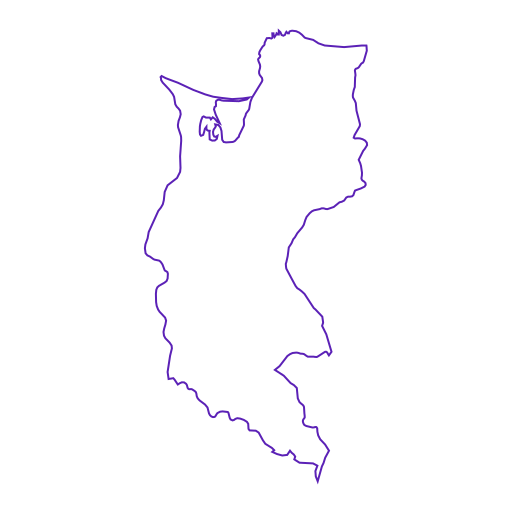 the Department of Magdalena
{"feature_id": "COL-1416", "entity_name": "Magdalena", "entity_type": "Department", "adm_level": 1, "iso_a3": "COL", "parent_name": "Colombia", "parent_adm1": "", "projection": "robinson", "projection_center": [-74.235, 10.123], "detail": "fine", "context": "isolated", "style": "outline", "palette": "violet", "viewbox_px": 512, "rotation_deg": 0, "n_neighbors": 0, "source": "natural_earth", "source_scale": "10m", "svg_char_len": 5359}
<svg xmlns="http://www.w3.org/2000/svg" viewBox="0 0 512 512"><path d="M161.1,80.0L161.0,78.1L160.6,77.1L161.6,76.0L165.6,78.1L169.2,79.5L177.8,82.7L193.5,90.0L205.2,94.4L213.1,96.7L221.4,97.9L232.2,99.1L242.8,98.4L249.1,97.5L246.8,99.5L238.9,101.2L223.5,100.7L221.6,100.4L219.8,99.8L218.1,99.7L216.3,100.7L215.8,102.2L216.0,104.4L215.9,106.2L214.6,107.0L214.0,109.4L215.7,114.6L219.7,123.2L217.2,121.7L214.9,118.9L212.7,117.3L210.9,119.4L209.8,117.6L206.0,117.6L203.7,116.4L202.5,117.0L201.2,120.1L200.3,123.8L199.9,126.3L199.7,131.8L200.0,134.5L201.0,135.8L203.2,134.9L204.1,132.0L204.9,128.8L206.4,126.8L206.4,128.7L207.0,130.0L208.1,130.7L209.7,130.8L209.4,132.6L209.7,139.4L212.2,140.6L214.8,140.5L216.8,138.9L217.5,135.8L215.7,136.9L214.2,136.5L213.3,134.7L213.0,131.9L213.7,129.5L214.9,127.9L215.8,126.4L215.2,124.4L218.4,125.0L220.4,127.4L221.5,131.0L222.2,139.8L223.7,142.0L226.1,142.4L232.4,142.0L233.6,141.7L235.1,140.8L238.1,137.4L238.8,136.9L239.2,135.2L243.8,125.7L244.0,124.4L243.8,119.4L245.6,115.4L245.9,113.9L246.5,112.9L248.7,110.0L249.2,108.9L250.4,101.9L251.9,97.9L261.9,81.6L262.4,80.1L262.0,78.0L259.7,74.9L259.1,73.2L259.1,71.2L260.0,68.1L260.2,66.3L259.9,64.5L258.5,61.2L258.1,59.5L258.4,58.7L259.9,57.2L260.2,56.3L260.1,55.2L259.6,54.7L259.2,54.4L259.1,53.9L259.4,52.0L260.3,50.2L262.4,46.9L263.3,45.9L264.0,45.4L264.5,44.6L264.7,42.6L266.8,38.2L269.3,38.0L271.4,38.5L272.5,37.7L272.3,33.3L273.5,33.3L273.6,34.5L273.8,35.3L274.6,37.0L276.3,34.4L276.6,33.3L277.2,33.7L277.4,33.7L277.5,33.8L277.8,34.5L278.8,34.5L278.8,30.7L280.4,32.2L281.6,35.0L283.4,35.7L285.0,34.8L285.7,32.9L286.4,31.8L287.7,33.3L288.9,33.3L289.2,32.0L289.8,31.3L290.8,31.0L292.1,30.7L296.1,31.2L299.2,32.6L301.9,34.7L304.7,37.6L305.9,38.1L313.2,39.9L318.4,43.3L324.7,45.5L344.1,47.1L362.1,45.5L366.4,45.5L366.5,46.0L366.8,50.7L363.8,61.1L363.0,62.6L361.7,63.3L361.0,64.0L359.0,67.0L358.2,67.8L357.2,68.3L355.8,68.8L355.2,69.5L354.9,70.6L355.3,73.3L355.5,75.2L355.1,77.5L354.8,87.0L353.8,89.8L352.9,94.2L352.8,96.0L353.0,97.5L354.9,100.9L355.8,103.1L356.5,110.7L360.0,124.2L359.8,126.1L354.6,135.0L353.7,137.7L355.0,138.5L357.3,138.3L359.9,138.4L362.6,139.2L365.1,140.6L366.8,142.7L367.1,145.1L364.9,148.7L363.2,150.8L358.7,159.8L360.2,163.2L361.0,165.9L362.0,172.7L361.9,175.4L361.4,178.3L361.8,179.7L362.7,180.7L364.2,181.6L365.5,183.1L365.7,184.9L364.6,186.6L360.8,188.5L356.2,190.1L355.0,190.6L354.4,192.1L353.4,195.1L352.1,196.3L349.9,196.7L348.0,196.7L346.3,197.5L344.2,200.5L341.7,201.8L339.5,202.3L333.7,207.0L327.5,209.1L325.8,209.0L324.6,208.6L323.4,208.3L321.8,208.3L319.7,209.1L314.0,210.3L311.9,211.3L309.7,213.2L306.6,216.9L305.3,220.0L303.8,224.8L302.2,227.4L297.3,233.2L294.9,237.3L293.2,239.3L291.5,243.3L288.8,247.4L287.7,256.1L286.4,261.9L285.8,263.9L286.0,266.5L286.3,268.6L291.5,278.4L295.6,286.0L297.3,288.2L299.4,289.5L301.7,291.3L304.5,293.9L313.8,308.1L315.4,309.4L322.3,316.7L323.0,321.5L323.1,322.8L322.1,325.9L326.3,334.3L331.5,351.8L328.9,355.4L328.0,354.0L327.6,353.2L326.9,352.2L326.0,351.7L324.9,351.9L318.1,356.3L316.8,357.0L314.9,356.9L313.8,356.7L307.9,356.7L306.5,355.9L304.2,354.2L302.9,353.8L300.3,353.6L298.7,353.0L297.3,352.7L296.2,352.6L292.6,353.0L290.1,354.1L287.4,356.0L279.6,366.1L274.9,369.9L283.8,375.7L290.6,383.1L293.9,385.1L296.8,388.0L297.8,398.4L299.5,402.1L301.0,403.5L302.4,404.6L303.4,405.6L304.0,407.0L304.4,413.5L304.6,415.1L304.7,416.5L304.7,417.4L304.3,418.2L303.7,418.9L303.1,419.9L302.9,420.7L302.9,421.6L303.1,422.5L303.6,423.8L304.4,425.0L306.3,426.0L312.5,427.5L314.0,427.4L315.2,427.0L316.4,427.1L317.2,428.3L317.4,431.8L318.2,435.4L320.2,439.3L325.1,444.5L329.0,450.7L325.2,457.7L323.5,463.1L321.9,466.4L317.7,481.3L315.8,476.4L315.4,471.1L317.4,465.7L313.0,463.4L299.5,462.7L294.3,459.4L295.2,456.6L293.8,454.5L291.6,452.7L290.0,450.7L287.2,454.9L282.3,455.5L276.9,454.0L272.3,451.9L274.2,450.2L272.0,448.0L265.3,443.8L262.9,440.3L258.7,432.6L255.8,430.7L249.6,430.4L248.5,428.9L248.2,423.8L246.9,421.8L243.8,419.9L240.2,418.6L237.3,418.2L235.4,418.9L234.1,419.9L232.6,420.4L230.6,419.5L229.7,417.8L228.5,413.0L227.8,412.0L222.6,411.4L220.1,411.7L217.4,413.1L216.4,414.5L215.7,415.8L214.7,416.9L213.0,417.1L211.4,416.5L210.0,415.2L209.0,413.4L207.5,407.5L205.0,404.5L199.8,400.6L198.5,399.3L197.4,397.8L196.7,396.0L196.4,393.8L195.9,392.2L194.8,391.1L192.2,389.4L191.3,389.1L189.2,389.2L188.3,388.8L187.6,387.8L186.9,385.1L186.1,383.8L184.1,382.4L181.9,382.3L179.8,383.2L177.8,384.5L174.6,379.7L173.3,378.2L168.6,379.0L167.6,372.0L170.1,355.7L171.9,348.4L171.6,345.6L169.6,342.6L165.4,338.3L164.0,335.7L163.5,332.0L164.2,328.5L165.4,324.5L166.1,320.6L165.1,317.6L159.6,311.8L158.1,309.5L156.7,305.9L156.1,302.1L155.9,293.8L156.3,289.8L157.3,287.4L159.0,285.8L164.6,282.6L166.6,281.0L167.6,278.5L167.9,273.8L167.4,272.1L166.3,271.3L165.1,270.7L164.6,270.1L162.5,264.5L161.1,262.4L160.2,261.4L159.1,260.6L154.4,259.6L153.1,258.9L150.0,256.6L147.4,255.4L145.6,253.3L144.9,248.2L145.4,244.4L147.6,238.3L148.7,232.0L149.8,229.6L158.3,210.9L160.9,207.6L162.8,204.3L163.8,200.3L164.7,191.9L167.6,185.3L177.0,178.0L180.1,171.9L180.5,168.0L180.1,156.3L181.2,140.8L181.1,137.1L180.8,135.5L178.1,127.3L177.9,125.0L178.6,120.8L179.9,117.4L180.7,114.2L180.1,110.7L178.5,108.5L176.7,106.7L175.3,104.3L174.1,96.9L172.8,94.2L169.2,89.5L162.7,82.6L161.1,80.0Z" fill="none" stroke="#5b21b6" stroke-width="2"/></svg>